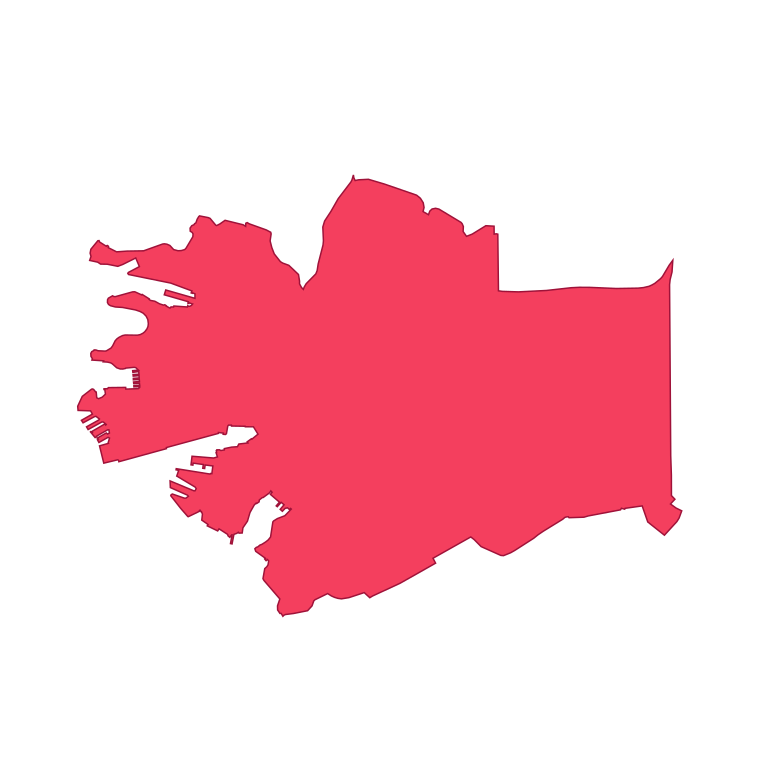 Sydney, New South Wales, Australia (Albers equal-area conic projection), rotated 260°
{"feature_id": "25037944B98854570895907", "entity_name": "Sydney", "entity_type": "district", "adm_level": 2, "iso_a3": "AUS", "parent_name": "Australia", "parent_adm1": "New South Wales", "projection": "albers", "projection_center": [151.208, -33.889], "detail": "fine", "context": "isolated", "style": "filled", "palette": "rose", "viewbox_px": 768, "rotation_deg": 260, "n_neighbors": 0, "source": "geoboundaries", "source_scale": "gbopen_adm2", "svg_char_len": 6137}
<svg xmlns="http://www.w3.org/2000/svg" viewBox="0 0 768 768"><g transform="rotate(260 384 384)"><path d="M455.7,689.9L451.5,685.5L441.5,676.9L439.7,674.6L436.1,668.2L435.0,665.1L434.2,662.0L433.9,656.2L434.3,650.8L437.7,629.4L443.5,603.1L445.3,593.2L446.3,585.2L447.9,560.2L451.4,532.3L454.7,516.5L455.9,512.9L511.8,522.1L512.4,520.7L512.5,518.5L520.3,519.8L522.2,511.8L516.3,496.9L515.1,490.9L520.4,488.4L525.3,489.5L528.3,488.8L529.8,487.9L546.7,468.5L548.1,465.3L548.0,461.7L546.3,459.1L543.0,457.2L547.0,452.4L550.9,454.1L555.7,454.1L560.6,452.1L564.3,448.9L580.9,419.0L588.3,404.2L589.5,394.5L589.4,390.9L592.4,390.1L595.2,390.2L590.4,387.8L588.8,386.6L574.5,371.1L563.2,361.7L554.8,353.8L549.2,351.0L535.5,349.2L531.5,348.1L513.6,340.0L507.4,337.9L504.3,336.0L496.3,324.8L493.4,322.3L491.2,321.0L493.4,319.5L497.3,318.2L500.0,318.7L506.7,318.8L517.4,310.9L520.7,305.2L522.5,303.2L531.2,298.5L537.9,297.2L544.7,296.7L551.4,298.9L553.1,298.8L556.2,294.8L565.1,279.2L566.7,277.3L566.3,275.8L563.3,275.1L565.3,272.9L572.8,255.9L570.1,250.1L569.1,246.7L569.6,245.9L577.3,241.5L578.4,239.8L581.6,231.5L581.0,230.6L578.7,228.6L575.3,226.7L574.8,225.3L573.9,224.6L573.3,222.2L571.2,220.1L568.1,219.7L566.6,221.4L565.0,222.0L562.2,221.3L552.2,212.7L551.0,211.1L550.6,207.6L551.0,204.3L552.9,200.2L557.6,197.2L559.4,194.5L560.2,192.0L560.3,190.3L556.9,170.4L559.5,154.0L560.6,143.6L566.2,136.1L567.3,136.6L568.4,135.8L568.4,135.0L567.9,134.4L573.3,128.5L574.7,128.3L574.8,127.1L567.6,118.7L563.9,117.3L560.5,117.6L556.8,115.6L553.7,123.2L551.3,125.7L550.0,132.3L546.1,142.3L547.1,147.5L551.2,161.4L542.1,163.5L538.3,151.7L537.5,150.9L536.2,151.4L520.4,191.5L509.0,211.0L507.2,209.9L506.6,211.0L507.0,211.3L505.6,213.5L501.2,212.7L514.5,185.4L510.0,183.1L499.0,205.6L497.7,204.9L497.2,205.8L497.8,206.2L496.0,209.4L494.8,208.0L494.3,206.3L494.4,204.9L495.3,204.4L494.0,203.7L497.3,190.6L496.4,190.2L496.9,187.6L496.1,186.9L496.1,186.1L498.6,183.0L498.9,183.2L500.1,181.9L500.0,180.5L502.0,176.8L505.3,172.7L506.9,168.5L508.2,167.3L508.6,167.6L514.2,161.4L513.8,160.9L518.1,154.6L518.4,152.4L516.7,134.7L517.0,133.2L518.0,132.0L516.4,127.5L515.1,126.4L512.3,125.8L510.2,126.5L508.6,128.2L506.5,132.8L504.8,139.8L500.1,152.1L497.8,156.3L495.6,159.1L492.2,161.5L488.5,162.6L484.4,162.4L481.7,161.6L479.5,160.2L477.0,157.5L475.9,155.5L475.0,152.6L474.9,149.6L477.2,137.6L477.1,134.9L476.0,131.2L474.9,128.9L473.3,126.8L468.7,123.4L466.8,121.4L464.9,116.5L464.8,115.2L466.4,108.2L467.5,106.3L467.9,104.5L467.5,104.4L466.6,101.8L465.1,100.6L462.1,100.2L459.5,101.2L458.3,100.5L455.5,111.9L454.6,111.3L453.6,115.4L452.4,118.3L451.2,119.8L446.4,123.6L444.6,126.8L444.1,129.4L444.2,132.1L444.5,132.5L443.8,140.9L443.2,142.4L440.3,144.6L440.8,138.8L439.1,138.7L438.8,144.6L436.2,144.4L436.9,138.5L435.3,138.4L434.7,144.2L432.5,144.0L433.1,138.1L431.6,137.9L430.9,143.8L428.9,143.6L429.5,137.7L428.0,137.6L427.2,143.3L425.2,143.2L426.0,137.4L424.6,137.2L423.8,143.0L423.0,142.8L422.1,141.2L423.8,128.9L425.5,129.0L428.3,111.9L427.4,110.9L427.9,107.4L427.2,107.3L427.1,108.1L422.4,107.9L420.0,104.3L419.1,100.4L420.3,98.7L426.0,99.2L426.0,98.8L429.1,97.1L429.7,96.2L429.7,95.1L424.2,84.7L415.3,78.5L411.1,78.1L408.5,90.4L405.0,91.6L400.8,79.7L398.0,80.9L402.1,93.2L402.2,94.7L398.9,97.7L398.1,96.9L393.5,83.6L390.5,84.7L395.6,99.6L395.2,101.1L392.4,103.4L391.9,102.8L393.1,102.1L388.0,88.1L386.7,88.5L386.5,88.0L388.0,86.9L387.8,86.6L381.4,90.2L382.3,92.1L382.6,92.0L386.9,104.0L386.7,105.1L383.4,105.1L382.7,103.0L384.0,102.0L380.5,92.2L379.3,93.1L378.9,92.1L375.9,93.1L379.4,103.0L378.4,104.3L374.0,102.1L373.4,102.3L372.5,93.1L354.7,94.3L355.6,108.7L354.7,109.4L353.5,109.4L358.1,158.5L359.2,158.6L364.1,212.3L365.0,212.5L363.5,217.3L362.4,216.9L361.8,219.1L362.4,220.2L369.6,222.8L370.5,223.7L370.0,226.6L369.1,226.5L366.5,239.9L366.0,239.9L364.5,248.0L356.5,251.2L352.6,244.3L353.1,243.9L350.8,239.2L349.6,239.8L350.1,230.6L347.7,228.8L348.3,223.0L348.1,215.5L346.8,215.3L346.8,211.8L347.8,210.5L348.2,208.0L347.7,207.9L347.6,207.3L345.4,207.2L345.4,206.7L341.1,207.3L340.7,203.4L346.2,182.4L337.9,179.9L337.3,181.7L339.2,182.3L336.1,192.1L332.5,190.9L331.9,192.7L335.3,193.8L333.0,201.2L325.6,198.9L326.0,197.6L325.5,197.1L336.7,164.7L335.6,164.3L334.6,166.8L329.3,163.9L315.3,180.1L313.5,180.9L311.6,179.3L311.9,178.1L325.7,156.5L319.1,155.6L308.6,171.2L307.4,171.9L306.0,169.1L306.2,167.7L312.4,156.5L312.0,155.2L311.0,154.6L296.6,162.3L287.5,167.8L287.3,168.2L290.6,179.9L290.9,180.5L291.5,180.3L291.7,180.9L289.7,181.8L289.8,182.1L287.4,182.6L281.6,180.9L276.2,186.3L275.0,185.3L268.2,194.7L270.0,196.4L263.0,203.9L261.6,204.0L259.8,205.5L261.9,207.8L261.8,208.2L253.5,205.1L252.9,206.6L262.0,210.1L262.5,213.1L263.3,214.8L262.3,215.3L261.9,218.5L266.9,220.1L272.6,225.7L280.7,229.7L287.4,235.2L288.9,237.4L288.4,237.8L289.6,240.5L291.5,241.1L293.3,244.5L293.2,245.3L296.7,252.4L298.4,254.0L296.8,255.0L295.0,253.0L285.8,260.5L282.7,256.7L281.7,257.6L285.3,262.2L282.4,264.6L278.6,260.0L276.3,261.8L278.7,265.1L278.8,267.5L276.9,269.0L277.7,270.4L276.9,271.0L271.5,263.5L270.0,255.7L268.3,251.5L267.5,250.6L253.0,245.7L250.5,242.8L249.0,240.0L247.3,235.9L246.9,233.8L245.5,231.4L245.3,229.9L244.2,228.2L241.5,228.6L232.9,237.0L232.4,236.1L230.5,237.2L231.4,238.7L229.8,239.7L226.1,238.4L224.5,237.0L222.9,234.5L213.3,231.0L211.3,231.7L190.4,244.1L184.0,240.6L179.9,240.0L176.1,241.7L175.9,242.9L172.8,244.1L173.7,245.3L174.1,247.0L173.7,255.1L174.0,269.4L178.0,274.6L182.6,277.2L183.5,278.5L187.4,292.1L184.4,295.4L182.5,298.2L180.9,301.4L179.8,304.8L179.7,312.4L182.0,328.3L176.0,332.9L177.2,335.9L185.0,365.3L198.6,403.7L203.9,402.0L218.3,442.9L215.1,445.8L207.0,451.4L194.9,469.3L194.2,471.9L195.8,479.4L197.4,483.9L206.1,504.7L208.7,509.4L211.4,515.4L219.8,536.6L221.2,538.9L221.4,540.2L221.3,542.4L220.2,543.0L218.1,557.8L218.6,562.3L219.0,595.1L220.4,596.2L218.9,599.3L219.7,599.8L219.1,617.1L202.3,619.8L186.4,633.9L197.6,648.5L200.7,651.3L207.4,655.2L211.2,650.0L216.1,645.3L220.0,650.5L224.2,647.7L244.4,651.2L263.5,653.9L432.3,682.5L437.1,683.9L444.3,687.1L455.7,689.9Z" fill="#f43f5e" stroke="#9f1239" stroke-width="1.5"/></g></svg>